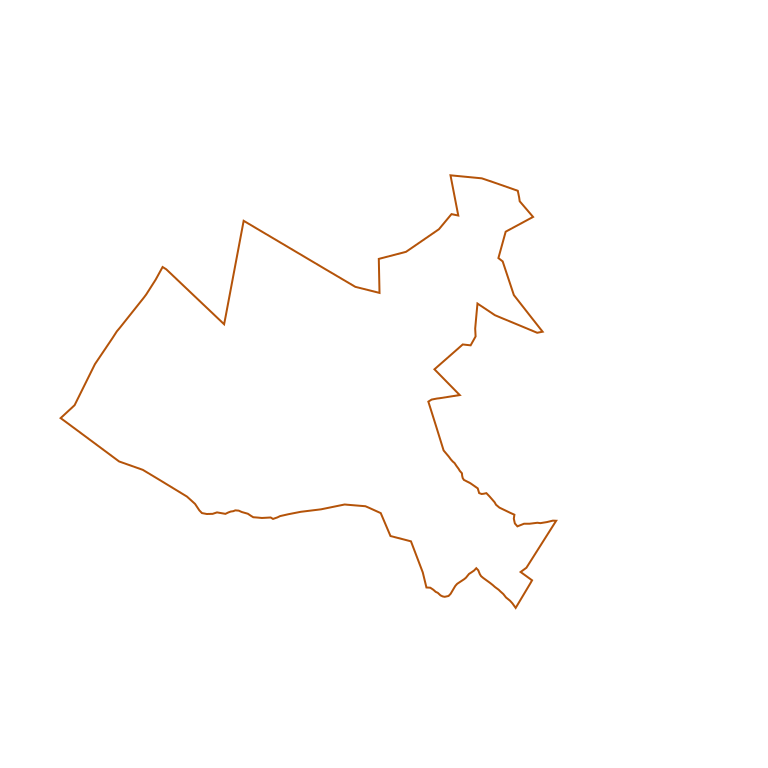 outline of São Raimundo Nonato, Piauí, Brazil, rotated 310°
{"feature_id": "56859067B13922640235877", "entity_name": "São Raimundo Nonato", "entity_type": "district", "adm_level": 2, "iso_a3": "BRA", "parent_name": "Brazil", "parent_adm1": "Piauí", "projection": "mercator", "projection_center": [-42.719, -9.025], "detail": "fine", "context": "isolated", "style": "outline", "palette": "amber", "viewbox_px": 768, "rotation_deg": 310, "n_neighbors": 0, "source": "geoboundaries", "source_scale": "gbopen_adm2", "svg_char_len": 2182}
<svg xmlns="http://www.w3.org/2000/svg" viewBox="0 0 768 768"><g transform="rotate(310 384 384)"><path d="M255.4,547.3L257.7,550.4L258.1,554.0L258.0,557.2L258.6,559.4L258.4,563.2L259.0,565.5L260.0,567.3L263.1,569.7L266.1,569.9L273.3,568.7L275.4,568.4L278.0,568.5L286.1,570.9L288.3,571.3L293.1,571.2L296.1,572.1L299.0,572.9L302.2,573.1L301.9,575.9L299.9,579.7L299.2,581.9L299.2,584.7L299.8,593.0L299.9,596.6L299.8,599.4L300.1,604.1L299.9,606.7L299.8,610.4L298.9,614.7L299.0,619.8L298.5,623.4L297.1,628.8L325.6,624.2L328.8,623.6L327.8,609.5L334.8,611.2L389.9,603.8L387.9,601.2L383.0,597.6L377.9,593.2L376.3,590.7L370.6,585.4L368.7,583.2L367.0,581.1L360.7,577.7L361.3,573.9L362.5,572.3L364.3,570.0L367.7,567.9L366.5,563.7L364.6,556.2L363.5,551.9L363.5,547.4L364.5,544.8L365.7,537.2L366.2,532.6L364.0,530.9L362.5,529.5L361.6,527.0L364.3,522.9L363.5,513.9L361.9,506.9L362.5,504.8L364.0,502.8L365.7,501.1L366.2,497.8L366.9,495.9L367.9,491.8L368.8,488.8L368.8,486.5L369.2,483.7L370.0,480.4L371.4,472.4L385.3,450.8L399.0,429.3L402.7,430.5L407.0,434.0L408.8,435.7L424.2,449.1L427.7,413.2L464.9,418.9L469.3,425.5L479.3,423.6L485.1,418.2L495.3,411.1L505.7,403.9L508.0,424.7L510.6,433.1L516.2,450.8L521.7,468.4L526.0,471.9L530.4,450.8L535.6,426.3L554.2,396.1L554.0,390.7L578.9,379.3L607.8,390.8L611.2,370.5L613.7,367.7L618.0,362.3L608.7,337.7L604.4,326.7L586.6,300.8L560.8,332.6L557.5,326.5L537.9,326.6L499.4,315.9L476.5,299.6L450.9,322.0L440.0,299.6L434.1,264.3L433.6,261.2L418.8,171.6L333.7,219.4L327.0,223.1L331.9,143.4L331.3,139.2L317.2,142.0L299.7,144.3L296.1,144.5L257.6,145.5L252.6,145.5L244.6,146.5L213.4,149.8L168.9,160.6L150.0,158.2L150.4,163.9L154.4,230.9L163.2,254.4L166.1,272.7L171.1,305.4L170.7,316.3L168.5,323.8L168.1,327.5L170.5,331.8L174.4,336.2L178.3,338.6L182.6,346.0L185.5,347.3L187.8,348.6L189.7,350.3L191.6,351.3L193.6,354.1L194.5,357.3L197.1,363.1L197.5,366.8L197.9,369.5L200.0,372.4L202.9,376.6L208.9,383.0L209.3,385.7L213.3,388.1L216.0,389.3L222.7,394.4L232.6,402.4L247.5,416.3L266.4,431.3L268.2,433.9L278.4,448.3L279.4,451.6L283.0,464.5L271.7,486.7L277.4,498.6L280.8,505.8L266.0,532.3L264.6,534.8L255.4,547.3Z" fill="none" stroke="#b45309" stroke-width="2"/></g></svg>